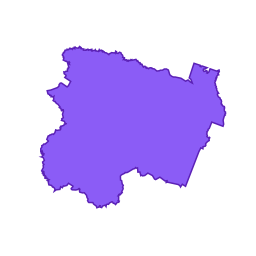 the district of Chau Duc, Bà Rịa - Vũng Tàu, Vietnam, rotated 110°
{"feature_id": "81297802B77796697839152", "entity_name": "Chau Duc", "entity_type": "district", "adm_level": 2, "iso_a3": "VNM", "parent_name": "Vietnam", "parent_adm1": "Bà Rịa - Vũng Tàu", "projection": "orthographic", "projection_center": [107.232, 10.656], "detail": "fine", "context": "isolated", "style": "filled", "palette": "violet", "viewbox_px": 256, "rotation_deg": 110, "n_neighbors": 0, "source": "geoboundaries", "source_scale": "gbopen_adm2", "svg_char_len": 5798}
<svg xmlns="http://www.w3.org/2000/svg" viewBox="0 0 256 256"><g transform="rotate(110 128 128)"><path d="M123.3,214.9L123.5,213.1L124.1,212.7L123.7,211.6L124.3,210.9L124.5,211.2L125.0,211.0L124.4,209.8L124.6,209.1L123.7,208.5L125.1,208.3L126.2,207.6L127.8,207.8L128.3,206.0L128.0,205.5L129.3,203.9L129.7,201.9L131.3,199.3L132.8,199.9L132.3,199.5L132.5,197.9L134.5,196.4L134.1,195.7L133.2,196.2L133.7,195.4L133.1,195.5L133.0,195.1L134.1,194.4L137.5,194.3L140.4,192.3L142.0,193.4L142.6,192.9L143.6,193.1L143.5,190.1L145.1,188.6L145.1,187.7L145.5,187.8L146.1,189.2L147.5,189.2L148.7,190.9L149.6,191.0L149.5,191.9L151.2,192.0L151.7,190.9L152.9,191.0L154.5,193.9L154.5,195.3L157.4,195.1L159.4,195.8L159.3,196.5L160.1,197.8L160.8,198.1L161.2,199.0L162.0,199.3L162.8,200.3L166.5,200.4L167.5,198.4L167.9,198.4L171.3,200.3L171.9,201.7L173.1,202.1L174.1,203.0L175.3,202.4L177.2,202.9L180.0,201.9L180.1,201.2L179.0,200.8L180.4,199.7L181.3,200.9L182.0,199.8L181.1,198.2L182.2,198.0L183.4,199.0L184.4,198.7L184.8,199.4L184.8,197.6L187.0,195.5L189.2,196.6L190.7,195.6L190.9,194.6L192.5,194.9L193.8,194.0L197.8,194.5L198.3,193.7L197.6,192.6L198.0,192.0L198.6,192.1L198.5,193.0L199.7,193.0L199.6,191.9L200.5,191.9L201.4,191.2L201.5,190.6L200.6,190.6L201.2,190.2L201.3,189.3L203.5,189.0L203.5,188.6L202.2,188.3L203.5,187.3L202.9,186.7L203.5,185.9L203.6,184.6L205.0,185.8L205.2,184.4L206.1,184.4L208.5,182.9L208.1,180.2L209.3,178.7L209.0,178.0L209.6,176.7L210.6,175.6L212.5,175.6L210.7,174.4L209.0,171.0L206.2,171.2L206.6,169.3L204.5,168.9L204.4,168.0L202.9,165.8L200.3,165.0L201.4,159.9L202.1,159.7L204.2,160.7L204.8,160.4L205.2,159.4L204.1,155.8L202.9,154.0L201.6,153.3L202.0,152.3L203.6,152.2L204.8,151.3L204.5,148.4L203.8,146.9L205.4,144.0L207.5,142.6L208.4,141.2L210.0,141.2L211.2,139.9L211.4,139.3L210.1,135.5L211.2,134.4L212.3,130.9L213.6,130.0L212.4,128.5L210.7,128.1L210.6,127.5L211.9,127.5L211.8,125.5L210.1,125.2L208.7,123.6L208.4,122.9L209.3,121.8L207.4,122.1L206.7,121.5L206.4,120.2L204.7,119.7L202.8,117.8L203.0,116.9L203.8,116.1L203.5,115.0L204.2,113.5L201.5,112.6L201.0,111.3L199.7,111.2L199.5,112.4L198.8,112.2L195.4,113.4L195.3,114.1L194.4,113.5L194.0,113.9L193.4,113.7L193.0,113.3L193.4,112.6L191.9,111.9L191.3,112.1L190.7,111.3L189.7,112.1L187.3,111.8L186.1,112.0L185.5,112.9L183.5,112.8L182.7,114.2L179.6,116.0L179.5,117.2L175.8,118.7L174.3,118.2L171.5,115.5L170.8,115.5L170.3,113.8L169.2,112.7L164.8,109.2L163.7,107.6L162.6,107.4L162.8,105.9L162.3,105.4L166.1,103.6L165.3,101.8L168.4,99.7L167.7,99.1L168.0,97.9L166.9,96.0L163.6,93.9L164.3,88.8L166.9,85.6L167.0,84.4L163.3,81.2L165.1,75.2L163.8,72.7L165.3,73.9L166.2,73.5L165.4,72.4L163.9,61.2L164.8,59.0L165.4,58.5L162.3,57.7L163.1,54.0L126.1,53.3L121.8,52.8L121.9,50.5L119.9,51.1L118.7,49.2L117.8,48.9L116.1,49.7L113.5,48.6L112.0,47.4L110.0,48.4L109.7,47.9L109.1,47.9L108.9,48.4L109.6,49.0L109.1,50.9L107.8,50.9L106.8,52.0L105.5,52.0L104.7,52.6L102.9,51.9L101.9,52.3L100.7,51.5L93.8,51.3L93.9,39.3L91.7,39.4L88.3,41.2L87.1,41.4L83.7,41.6L82.7,41.1L82.5,41.6L81.6,41.7L81.2,41.2L79.6,41.9L79.6,42.6L78.9,43.3L76.8,44.2L76.1,44.0L75.8,44.6L74.9,44.8L74.8,46.7L73.6,47.9L73.9,48.2L73.1,48.9L71.2,49.1L69.8,50.0L69.5,50.9L68.1,52.0L67.9,53.6L66.6,55.0L65.6,55.6L64.9,55.3L64.5,55.6L64.3,54.9L62.1,57.6L60.4,58.2L60.1,59.1L58.8,59.2L57.9,60.7L56.9,60.7L55.7,62.0L54.2,61.9L54.4,62.5L53.9,62.0L53.4,62.3L52.7,61.8L51.9,61.9L51.7,62.3L50.7,61.9L50.4,62.3L50.2,61.8L48.8,62.3L47.5,61.5L46.8,61.9L46.7,61.3L46.1,62.0L44.7,61.7L44.2,62.6L43.6,61.6L42.4,62.3L44.2,64.2L44.3,71.1L47.4,71.1L49.3,72.0L49.3,72.8L48.5,72.5L47.3,73.4L47.3,74.4L47.9,74.4L48.9,75.9L48.0,77.1L46.8,77.2L46.5,76.3L44.3,74.3L44.4,79.6L44.9,80.6L45.5,80.4L45.5,81.3L44.4,81.6L44.6,88.1L60.0,87.6L60.7,85.6L63.8,82.9L63.5,85.1L62.3,88.0L64.3,89.9L63.1,95.2L64.0,101.4L64.5,102.2L64.5,104.6L63.6,107.0L59.7,109.9L59.4,112.1L60.2,114.1L61.9,115.4L62.7,117.5L63.5,118.1L64.6,120.4L63.5,123.4L63.9,125.7L63.4,126.1L63.7,127.5L64.5,128.8L65.2,128.9L65.2,130.2L64.8,130.8L65.3,131.0L64.8,131.7L65.2,131.8L64.2,133.1L64.9,134.6L65.1,134.1L65.5,134.4L63.8,136.5L62.8,136.5L63.6,136.9L63.7,137.7L63.1,138.3L63.6,138.5L62.5,139.3L62.9,140.2L61.5,141.8L62.1,142.2L60.8,144.0L62.9,147.2L62.4,147.7L62.9,148.1L62.8,148.6L63.6,148.6L63.5,149.2L64.2,149.8L64.0,150.5L64.7,151.0L65.2,150.8L65.3,151.8L64.6,151.6L64.4,152.5L64.5,153.3L65.2,153.7L65.1,154.7L64.5,154.9L65.1,155.7L63.2,155.5L63.4,157.2L62.6,157.2L61.4,158.1L60.7,159.6L59.7,160.4L59.7,161.9L61.4,162.9L61.4,164.2L60.9,164.5L61.4,164.7L60.2,165.1L60.1,165.7L60.9,165.3L61.4,166.0L62.0,165.9L62.8,169.3L64.2,170.3L64.5,171.0L65.6,171.1L64.8,173.8L65.1,175.8L64.5,176.5L65.2,178.0L64.8,178.5L64.4,177.6L64.1,177.8L64.0,179.9L65.1,180.9L64.3,181.8L65.2,181.8L65.1,182.5L65.7,181.6L66.2,181.9L66.3,183.8L66.7,184.3L65.6,185.5L66.5,185.7L67.4,187.7L68.0,188.0L68.0,188.4L67.2,188.4L67.4,189.2L66.6,189.2L67.8,191.0L67.8,192.0L68.9,191.3L67.7,192.7L68.6,193.4L68.6,194.2L69.3,194.1L70.1,196.4L68.9,196.5L69.5,199.4L68.9,199.9L69.0,199.2L68.6,199.3L68.1,200.8L68.7,201.0L68.2,201.4L70.1,202.2L70.5,204.8L70.0,205.3L70.6,206.2L71.5,205.6L71.3,206.3L72.0,206.5L72.0,207.2L72.8,207.3L72.4,207.7L73.3,208.6L72.8,209.2L73.1,210.2L74.4,210.4L74.9,211.0L74.8,212.0L75.3,211.8L76.5,213.8L78.1,213.6L78.5,214.1L79.0,214.0L79.4,214.4L79.7,214.1L81.2,214.8L82.1,214.5L82.4,213.6L83.5,213.1L83.3,212.8L84.2,212.2L86.3,212.1L86.6,209.2L86.3,208.7L86.7,207.8L86.6,206.3L85.9,206.0L86.3,205.3L87.3,205.4L88.1,204.8L88.0,206.7L91.5,204.2L92.2,204.9L92.8,204.5L93.4,205.1L95.3,204.3L96.1,206.0L97.1,206.6L97.2,207.4L98.8,206.6L99.6,204.3L100.5,204.1L102.1,204.7L103.8,197.8L108.7,198.5L110.2,199.3L108.5,205.9L109.0,207.0L110.8,207.6L112.2,207.2L114.1,208.1L118.8,213.6L120.6,216.7L123.3,214.9Z" fill="#8b5cf6" stroke="#5b21b6" stroke-width="1.5"/></g></svg>